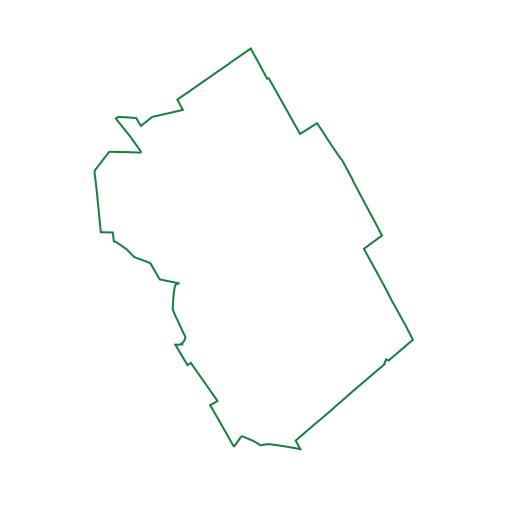 the district of Comana, Constanta, Romania, rotated 240°
{"feature_id": "2599482B35418579984246", "entity_name": "Comana", "entity_type": "district", "adm_level": 2, "iso_a3": "ROU", "parent_name": "Romania", "parent_adm1": "Constanta", "projection": "natural_earth1", "projection_center": [28.343, 43.896], "detail": "fine", "context": "isolated", "style": "outline", "palette": "green", "viewbox_px": 512, "rotation_deg": 240, "n_neighbors": 0, "source": "geoboundaries", "source_scale": "gbopen_adm2", "svg_char_len": 3412}
<svg xmlns="http://www.w3.org/2000/svg" viewBox="0 0 512 512"><g transform="rotate(240 256 256)"><path d="M445.2,203.4L442.7,203.7L422.3,206.8L404.1,208.6L403.6,208.4L403.5,207.7L403.7,207.0L405.0,204.9L408.1,200.0L411.7,194.3L411.9,193.7L413.9,190.5L416.9,185.6L418.5,182.9L418.9,182.3L419.1,181.9L419.3,181.4L419.4,181.0L419.4,180.9L419.5,180.6L419.0,179.3L418.4,177.9L417.8,176.6L417.2,175.1L416.9,174.2L414.4,168.3L412.8,164.3L411.0,159.9L410.5,159.0L409.5,158.2L409.4,158.1L399.8,154.0L390.2,149.8L354.2,133.5L353.8,134.1L348.0,143.7L347.7,143.6L339.7,140.2L338.2,141.8L328.3,146.5L326.6,147.3L316.1,150.0L315.9,150.0L315.0,150.8L314.3,151.3L310.4,154.7L302.7,160.9L295.0,160.9L283.9,160.9L270.5,176.0L271.0,174.9L271.2,173.7L271.4,172.4L270.9,171.3L270.2,170.5L266.6,167.6L263.3,165.0L257.0,160.8L252.3,157.7L251.3,157.2L249.4,156.9L244.1,156.2L237.5,155.8L231.1,155.1L225.9,154.6L222.3,154.5L221.2,154.2L220.3,153.8L218.8,152.0L217.8,149.9L217.0,148.0L217.2,147.7L216.4,147.7L217.1,146.7L217.2,146.2L217.3,145.4L217.8,144.9L218.8,143.1L219.0,142.8L219.5,141.8L195.8,142.1L196.0,146.1L195.9,146.1L149.8,150.2L149.6,149.3L149.8,141.7L143.8,141.7L130.6,141.7L103.1,141.5L102.3,141.8L102.1,142.0L103.4,145.0L105.1,148.6L106.7,152.2L106.9,153.4L106.8,153.7L106.7,153.9L106.6,154.1L106.3,154.3L97.2,161.2L94.8,162.6L91.6,164.3L90.2,165.0L89.8,165.3L89.6,165.5L88.7,168.3L88.4,169.1L87.2,172.0L85.8,174.2L83.4,177.3L80.0,181.7L76.0,186.7L68.1,196.1L66.6,197.8L67.0,197.8L72.1,197.9L76.3,198.0L80.6,220.6L82.7,232.6L85.0,245.0L85.6,247.4L87.3,256.3L88.2,260.9L88.2,261.0L90.4,271.8L90.6,272.6L90.7,273.0L90.8,274.4L91.6,278.2L92.3,282.1L93.8,290.3L94.5,294.2L95.2,297.8L95.3,298.4L95.5,299.4L95.7,300.4L95.8,301.3L96.1,302.7L96.5,304.8L96.5,305.0L96.7,305.9L96.7,306.4L96.8,306.7L97.1,308.4L97.8,312.2L97.9,313.2L98.7,313.4L99.2,314.1L100.4,315.6L101.5,317.0L99.1,318.7L99.2,318.8L99.7,321.4L99.7,321.5L99.9,322.2L100.3,324.7L100.9,328.0L101.3,329.8L101.6,331.6L102.2,334.7L102.6,337.2L102.8,338.1L102.9,338.7L103.0,339.1L103.0,339.4L103.6,342.4L104.0,344.4L104.1,344.9L104.3,346.5L104.8,348.8L104.9,349.4L104.9,349.6L105.0,350.0L117.5,350.6L118.6,350.7L128.4,350.9L137.9,351.1L142.7,351.2L147.4,351.3L149.8,351.3L163.3,352.0L164.0,352.0L170.3,352.2L170.7,352.2L173.6,352.3L174.1,352.3L188.8,352.6L208.2,353.0L208.3,353.1L208.3,353.3L208.9,358.6L209.2,361.0L209.3,362.3L209.4,363.4L209.5,364.3L210.3,371.5L210.7,375.3L210.9,375.3L223.6,375.9L228.3,376.1L230.4,376.2L231.1,376.1L231.9,376.1L233.2,376.2L235.1,376.2L235.9,376.2L237.3,376.3L239.8,376.4L246.5,376.6L252.5,376.8L262.9,377.2L263.2,377.2L272.7,377.6L272.8,377.8L278.9,378.0L296.1,378.5L297.5,378.1L309.5,377.1L313.6,376.8L317.7,376.5L322.4,376.3L330.7,375.9L337.2,375.5L338.1,375.4L340.5,375.2L340.3,370.8L339.7,355.2L351.4,355.3L372.0,355.6L403.5,355.9L403.9,354.3L413.7,354.6L426.1,355.0L428.6,355.0L430.1,355.0L435.5,355.1L438.3,355.2L436.2,329.6L436.0,329.2L435.7,325.5L435.7,325.0L435.5,323.6L435.4,321.8L435.3,321.3L435.3,320.0L434.8,313.8L434.6,311.9L434.3,308.6L433.4,297.8L433.3,296.4L432.9,291.7L432.3,284.5L432.1,281.9L432.0,281.2L431.6,278.3L431.8,278.1L431.8,277.9L431.4,273.6L431.1,270.1L430.8,266.1L430.6,266.1L419.1,265.7L428.2,236.1L428.3,235.3L426.2,221.4L426.5,221.4L429.9,221.3L433.1,221.2L434.2,221.2L435.5,221.1L436.4,219.7L440.5,213.7L445.4,206.2L445.3,204.7L445.2,203.4Z" fill="none" stroke="#15803d" stroke-width="2"/></g></svg>